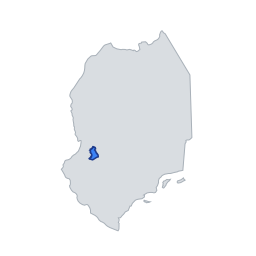 location of Njombe, Njombe, United Republic of Tanzania, rotated 59°
{"feature_id": "72390352B62498272724852", "entity_name": "Njombe", "entity_type": "district", "adm_level": 2, "iso_a3": "TZA", "parent_name": "United Republic of Tanzania", "parent_adm1": "Njombe", "projection": "mercator", "projection_center": [35.063, -9.284], "detail": "fine", "context": "in_parent", "style": "filled", "palette": "blue", "viewbox_px": 256, "rotation_deg": 59, "n_neighbors": 0, "source": "geoboundaries", "source_scale": "gbopen_adm2", "svg_char_len": 5664}
<svg xmlns="http://www.w3.org/2000/svg" viewBox="0 0 256 256"><g transform="rotate(59 128 128)"><path d="M98.6,173.5L96.1,172.2L93.9,171.4L92.1,170.6L91.3,169.7L89.6,169.4L88.2,169.3L86.8,168.5L84.0,168.2L83.7,167.7L83.7,166.5L83.2,166.2L82.2,165.9L81.1,165.9L80.4,166.1L80.0,166.0L79.1,165.3L78.3,164.4L77.9,163.0L76.7,162.1L75.2,161.4L71.1,161.5L70.5,161.3L69.5,160.6L68.4,159.4L67.4,158.1L66.6,156.3L65.8,153.9L61.1,144.2L60.6,142.3L59.7,140.3L58.2,137.8L56.6,136.0L54.5,134.3L52.0,132.6L50.7,131.5L48.2,127.0L47.7,124.8L47.3,122.6L47.5,121.7L49.0,118.9L49.2,118.1L49.0,117.0L48.2,114.8L47.3,112.0L45.3,107.0L45.0,105.8L45.0,104.8L46.2,99.7L46.2,99.0L50.9,99.1L54.3,96.9L57.3,93.6L57.8,92.2L59.1,90.1L60.3,89.0L60.7,88.3L61.4,86.2L63.0,84.7L64.5,83.6L64.2,82.9L64.4,82.6L65.2,82.0L66.8,81.5L67.2,80.4L67.1,79.1L66.9,78.4L66.9,77.6L66.7,77.2L65.6,77.0L64.1,76.4L62.7,76.2L61.8,75.8L61.5,75.5L61.4,74.8L62.1,72.8L61.4,72.0L63.0,68.8L63.3,68.4L63.9,68.4L64.8,68.0L65.7,67.9L66.4,68.0L66.9,67.9L67.4,67.5L67.8,66.4L68.1,64.6L67.9,63.1L67.3,62.0L67.1,60.2L67.4,57.9L67.2,56.0L66.4,54.4L65.7,53.5L64.5,53.0L62.6,50.7L62.1,49.5L62.2,48.8L62.8,48.5L64.0,48.6L65.1,48.3L66.1,47.7L67.1,47.5L67.6,47.6L114.4,47.6L169.0,78.1L169.2,78.4L169.7,81.1L169.6,82.0L168.7,83.5L168.5,84.3L168.5,84.8L168.7,85.0L169.4,85.1L170.0,85.5L170.7,86.9L171.3,87.5L192.0,102.4L192.5,102.7L192.2,103.9L191.0,107.0L191.0,108.3L190.5,109.7L190.1,110.7L188.9,115.0L187.9,116.6L186.5,120.4L186.3,123.3L187.1,125.3L187.3,127.2L188.9,129.1L190.2,129.7L191.1,130.6L192.6,132.5L193.5,134.5L196.3,135.4L197.4,137.6L197.0,139.1L195.7,140.4L194.5,142.4L193.5,145.0L193.5,149.1L194.1,148.5L195.6,149.5L195.8,152.5L194.3,155.9L193.8,157.6L193.7,159.0L194.8,163.1L196.5,165.3L196.4,165.9L195.9,166.5L198.8,170.3L198.5,173.5L199.6,176.1L200.1,178.3L200.8,180.0L200.9,181.2L200.0,182.5L202.1,182.8L203.3,183.9L203.9,184.9L205.4,184.8L206.2,185.5L207.3,186.1L209.9,187.8L210.6,188.7L211.0,189.5L203.9,194.9L201.4,196.3L199.6,196.9L197.6,197.3L195.8,198.2L194.0,199.5L191.8,200.2L189.0,200.2L186.2,201.1L181.6,203.9L179.0,202.4L176.9,201.9L174.6,201.9L173.1,202.1L172.6,202.4L172.1,203.4L171.8,205.0L170.2,206.5L167.5,207.9L165.0,208.4L162.7,208.1L161.1,207.5L160.3,206.6L159.1,206.2L157.5,206.3L156.0,206.9L154.5,208.0L152.2,208.5L149.0,208.4L147.3,207.8L147.1,206.9L145.7,205.8L143.2,204.5L141.3,204.5L140.1,205.7L139.0,206.5L138.0,206.8L137.1,206.8L135.8,206.5L132.3,206.4L129.0,206.4L128.6,204.7L128.0,203.6L127.4,203.0L126.2,202.8L125.9,202.3L125.5,201.2L124.9,200.3L124.2,199.6L123.7,198.9L123.6,198.2L123.7,197.5L124.4,195.7L124.6,194.5L124.5,193.2L124.2,191.9L123.4,190.4L123.5,190.0L123.2,188.9L123.2,188.2L123.3,187.3L123.2,186.1L122.5,183.6L122.5,182.9L121.8,181.7L119.6,178.8L119.5,178.4L116.0,175.5L114.6,174.8L114.1,175.4L113.9,175.9L114.1,176.8L114.0,177.3L113.8,177.5L113.0,177.5L112.5,177.4L111.2,176.6L110.2,176.4L107.6,176.5L106.7,176.7L106.0,176.5L104.7,175.2L103.1,174.9L101.7,174.8L99.4,173.3L98.6,173.5ZM196.6,124.9L197.8,128.1L197.6,128.7L196.8,129.0L196.4,129.1L195.9,128.5L195.5,127.5L194.9,127.7L193.9,126.4L192.8,126.4L191.9,124.8L192.3,123.5L192.1,121.2L193.2,120.0L193.8,118.1L194.5,119.4L194.7,121.5L195.7,124.0L196.6,124.9ZM202.1,105.9L202.2,106.6L202.0,107.3L202.0,109.6L201.9,111.1L201.1,113.2L200.4,113.9L199.8,113.7L199.3,113.4L198.9,112.8L199.7,109.0L199.3,106.2L200.8,106.4L202.1,105.9ZM199.8,151.9L199.0,152.1L198.7,152.0L198.2,151.3L199.1,150.8L199.9,149.8L201.8,148.2L202.7,147.0L202.6,148.2L201.5,150.8L200.6,151.0L199.8,151.9Z" fill="#d9dde1" stroke="#a8b0b8" stroke-width="1"/><path d="M131.4,167.6L131.1,167.6L130.9,167.8L130.7,167.8L130.4,167.8L130.1,167.7L129.9,167.7L129.9,167.8L129.7,167.9L129.6,167.7L129.4,167.5L129.4,167.4L129.3,167.2L129.2,167.0L129.1,166.8L129.1,166.6L128.9,166.6L128.7,166.6L128.6,166.4L128.4,166.4L128.2,166.3L128.1,166.2L127.9,166.2L127.7,166.3L127.3,166.5L127.2,166.5L127.2,166.8L127.1,167.0L127.0,167.3L127.0,167.5L126.9,167.6L126.7,167.5L126.5,167.4L126.4,167.3L126.2,167.3L126.0,167.5L125.9,167.6L125.9,167.8L126.0,167.9L126.1,168.0L126.4,168.2L126.5,168.3L126.5,168.5L126.5,168.8L126.6,169.0L126.8,169.0L127.1,169.2L127.1,169.3L126.9,169.5L126.8,169.8L126.8,170.0L126.9,169.9L127.0,169.9L127.2,170.0L127.3,170.1L127.2,170.4L127.2,170.5L127.1,170.8L126.9,171.0L126.9,171.3L126.8,171.5L127.0,171.7L127.0,171.8L127.0,171.7L127.2,171.8L127.3,171.8L127.6,171.8L127.8,171.8L128.0,171.9L128.0,172.0L128.1,171.9L128.3,171.9L128.4,172.0L128.5,172.1L128.8,172.2L128.9,172.3L129.0,172.4L129.0,172.5L129.3,172.7L129.5,172.6L129.7,172.8L129.8,172.9L129.8,173.0L130.0,173.0L130.3,173.0L130.4,172.9L130.5,172.8L130.5,172.7L130.8,172.6L131.0,172.6L131.3,172.6L131.5,172.7L131.8,172.7L131.9,172.8L132.0,172.9L132.3,172.9L132.4,173.0L132.4,172.9L132.5,172.9L132.7,173.0L132.8,173.1L132.9,173.3L133.1,173.4L133.1,173.5L133.3,173.6L133.4,173.9L133.5,173.9L133.6,174.0L133.8,174.2L133.8,174.3L133.7,174.4L133.8,174.4L134.0,174.4L134.0,174.5L134.1,174.8L134.0,175.0L134.0,175.3L134.0,176.2L134.1,176.9L134.2,177.1L134.3,177.1L134.5,177.0L134.5,176.9L134.8,176.9L135.0,176.8L135.1,176.7L135.3,176.3L135.4,176.2L135.6,176.1L135.8,175.9L136.2,175.6L136.2,175.4L136.3,175.3L136.4,175.2L136.6,175.1L137.0,174.8L137.0,174.7L137.1,174.3L137.1,173.1L137.1,172.9L137.0,170.0L137.2,169.1L137.4,168.4L137.0,168.1L136.5,167.9L135.9,167.7L135.3,167.5L135.1,167.6L134.9,167.6L135.0,167.7L134.9,167.8L134.7,167.8L134.4,167.8L134.2,167.8L133.9,167.9L133.7,167.9L133.4,167.9L133.2,167.9L132.9,167.9L132.9,168.0L132.7,168.0L132.5,167.9L132.4,167.9L132.2,167.9L131.9,167.8L131.7,167.8L131.5,167.7L131.4,167.6Z" fill="#3b82f6" stroke="#1e3a8a" stroke-width="1.5"/></g></svg>